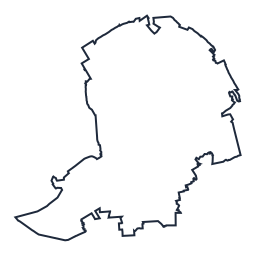 outline of Dundagas pag., Dundagas, Latvia
{"feature_id": "27541924B42832973938104", "entity_name": "Dundagas pag.", "entity_type": "district", "adm_level": 2, "iso_a3": "LVA", "parent_name": "Latvia", "parent_adm1": "Dundagas", "projection": "orthographic", "projection_center": [22.38, 57.54], "detail": "fine", "context": "isolated", "style": "outline", "palette": "slate", "viewbox_px": 256, "rotation_deg": 0, "n_neighbors": 0, "source": "geoboundaries", "source_scale": "gbopen_adm2", "svg_char_len": 5628}
<svg xmlns="http://www.w3.org/2000/svg" viewBox="0 0 256 256"><path d="M81.7,63.4L84.9,68.9L84.3,69.3L84.8,70.2L85.8,70.3L90.8,78.8L89.5,79.0L87.4,81.5L85.8,81.3L85.8,81.7L86.0,81.9L85.9,82.1L86.2,82.3L85.9,82.5L85.8,82.9L85.6,83.0L85.7,83.4L85.5,83.5L85.9,83.9L85.8,84.1L86.0,84.4L85.9,84.5L86.0,84.7L86.0,84.8L85.7,84.7L85.7,86.3L85.6,87.2L85.8,88.2L85.8,90.3L85.7,91.4L86.1,96.0L86.4,96.9L86.3,97.3L86.5,98.4L86.6,100.5L87.1,102.0L87.0,102.9L87.6,104.5L88.2,105.0L89.2,107.7L90.2,108.5L91.9,109.7L95.4,115.8L95.6,115.7L97.1,137.2L97.2,139.4L97.5,140.9L97.8,141.7L98.4,142.7L98.6,143.4L98.6,144.7L100.0,145.2L100.4,148.3L100.5,149.2L100.2,150.5L100.5,150.7L100.8,151.3L101.3,152.0L101.2,152.3L101.3,152.8L101.2,153.0L101.2,152.9L101.1,153.2L101.2,153.6L100.7,153.7L100.8,153.9L100.7,153.9L100.6,154.1L100.8,154.2L100.8,154.7L101.0,154.8L100.9,155.2L101.2,155.4L101.3,155.7L101.0,155.7L101.1,155.9L101.3,155.9L101.3,156.5L99.0,158.0L96.9,159.1L96.4,158.5L95.8,158.0L93.7,156.9L92.4,156.4L91.3,156.3L89.8,156.6L85.6,158.2L84.3,158.8L75.2,166.0L67.9,171.3L68.5,172.4L68.3,172.8L68.5,173.1L68.3,173.4L68.5,173.5L63.9,177.5L63.9,179.7L57.0,180.7L56.3,179.5L56.0,178.2L54.2,177.2L53.4,176.5L53.2,176.7L53.6,177.2L52.7,177.7L51.5,180.7L53.3,183.8L52.7,184.4L55.5,188.2L55.9,188.5L57.3,187.8L61.1,188.0L62.1,190.0L61.7,190.5L57.5,197.6L49.3,203.9L47.0,206.1L37.5,211.4L15.4,217.3L17.6,219.9L17.9,220.4L20.0,221.5L32.7,230.6L33.1,230.7L35.9,232.7L38.7,234.5L65.1,240.3L68.2,239.9L76.0,235.9L76.5,235.8L78.5,234.8L85.3,231.8L85.5,231.5L85.6,231.4L85.4,231.1L85.5,230.8L85.4,230.8L85.2,230.9L85.2,230.7L84.9,230.6L84.8,230.2L84.5,230.1L84.3,229.9L84.3,229.6L84.6,229.7L84.6,229.2L84.2,229.2L83.9,228.9L83.8,229.4L83.6,229.4L83.5,229.0L83.5,228.6L83.3,228.6L83.0,228.1L83.4,228.1L83.6,227.3L83.5,227.1L83.5,226.8L83.5,226.6L83.5,226.3L83.4,225.7L83.5,225.3L83.1,225.2L83.8,224.4L83.6,224.3L83.4,224.4L83.2,224.3L83.2,224.2L83.6,223.1L83.4,223.0L82.6,223.1L82.3,223.2L82.5,222.2L82.4,221.9L82.0,221.6L81.6,221.5L81.5,221.3L81.8,221.1L81.8,220.9L81.4,220.8L81.2,220.6L81.2,220.4L81.5,220.2L81.4,219.4L91.6,213.3L94.4,217.9L95.0,219.1L99.7,218.3L95.2,211.0L99.7,208.3L99.9,212.2L110.1,211.4L110.1,211.7L108.9,215.8L109.0,215.9L108.8,216.6L109.1,216.8L108.7,217.6L121.8,216.7L120.5,218.2L121.4,220.6L122.1,222.8L121.9,222.9L121.8,223.2L118.9,223.4L119.3,229.7L122.2,229.5L122.5,232.1L122.6,235.9L134.4,235.3L134.1,230.9L134.3,231.1L135.3,230.9L137.4,228.5L139.4,228.2L140.6,228.5L142.7,228.4L142.4,224.1L143.5,223.6L142.9,222.0L158.0,221.1L161.2,223.8L162.5,225.3L163.5,226.8L164.3,226.7L164.2,226.0L166.1,225.8L166.3,225.4L175.7,225.4L175.6,215.0L175.6,212.9L180.8,212.9L180.6,212.4L179.9,211.9L178.6,210.7L178.6,210.1L178.0,210.1L177.5,210.4L176.8,210.0L177.8,208.4L179.1,205.7L178.3,204.5L177.6,204.3L176.7,203.8L176.7,202.5L176.8,202.5L176.8,202.2L176.6,202.1L176.6,201.3L176.3,201.2L176.1,200.9L179.9,199.9L179.3,198.1L179.8,198.0L178.7,192.5L183.8,191.4L183.7,190.7L188.1,189.8L188.2,189.5L187.4,187.1L186.1,187.4L185.7,185.4L188.4,184.6L191.5,183.3L191.2,182.2L193.7,181.3L193.4,178.6L194.0,178.1L194.8,179.3L196.0,179.7L196.6,179.0L195.9,175.6L192.2,169.9L198.2,166.4L197.8,165.1L199.7,165.0L199.7,163.9L200.0,163.8L198.8,163.3L197.7,163.2L197.9,162.3L195.5,159.4L196.4,157.8L198.8,159.2L200.3,156.7L202.6,156.6L204.6,154.0L207.1,154.2L207.9,153.1L209.1,152.4L210.6,152.1L211.0,152.8L210.5,153.5L211.9,153.3L212.9,155.2L212.4,155.5L212.8,156.6L212.6,161.8L212.3,164.0L223.4,161.7L224.9,160.4L225.8,159.8L226.1,159.8L227.2,160.5L227.6,160.5L227.9,160.5L228.7,159.9L229.7,160.0L234.6,157.2L235.5,156.9L236.8,156.7L238.1,155.8L240.6,155.1L234.0,128.7L232.6,122.7L231.2,121.7L233.0,119.3L232.8,119.1L230.2,114.3L228.8,114.4L227.7,114.6L222.3,116.3L222.2,115.6L222.3,115.1L222.1,114.4L222.1,113.8L222.1,113.7L222.0,113.4L222.2,113.2L222.8,113.3L225.8,110.7L230.3,108.0L232.3,105.7L232.5,105.0L233.9,103.9L234.8,102.5L234.5,102.4L232.1,100.4L232.8,99.4L232.0,99.0L232.3,96.5L230.3,96.4L229.9,95.3L229.0,92.8L229.5,91.9L230.6,92.4L231.2,92.2L231.8,91.7L232.5,91.5L233.4,92.9L233.5,93.3L233.9,93.9L234.7,94.6L234.9,95.2L235.4,95.8L237.2,100.7L238.8,101.5L240.0,101.2L239.5,99.6L239.8,99.5L239.2,97.8L239.3,96.0L238.6,94.4L236.5,91.7L235.1,90.0L237.5,90.0L238.3,89.5L237.5,88.3L235.5,84.9L234.4,83.3L233.1,80.6L230.9,77.1L230.8,76.7L230.6,76.3L229.3,73.9L228.7,72.9L228.3,71.9L228.1,71.1L227.1,69.2L226.4,67.3L225.9,66.4L225.3,64.7L225.7,64.5L225.6,64.3L224.6,61.9L223.9,60.4L217.5,63.5L216.9,63.0L215.8,62.8L215.4,61.0L213.6,60.4L214.1,59.7L213.2,59.3L213.6,58.7L214.2,58.4L213.6,57.3L213.0,56.6L213.2,56.4L213.4,56.5L213.5,56.3L213.8,56.3L213.9,56.2L214.1,56.0L214.0,55.9L214.1,55.6L213.9,55.4L213.7,54.8L213.8,54.6L214.1,54.5L209.7,50.2L210.6,49.2L211.6,48.9L212.9,50.8L213.6,52.0L213.9,52.0L215.1,50.0L213.3,46.6L212.9,46.7L212.4,46.1L210.8,44.8L209.8,43.6L207.8,42.1L206.5,40.2L203.3,37.4L201.2,35.9L200.9,36.4L197.7,33.3L194.3,31.0L192.5,29.1L188.9,27.5L187.5,29.8L179.2,26.8L179.3,26.0L179.6,25.5L179.9,25.0L177.8,22.9L177.1,22.4L176.2,21.3L174.4,19.9L174.3,19.6L173.0,17.9L170.6,16.5L153.4,17.9L153.9,21.8L153.5,23.7L158.0,26.6L159.9,27.6L156.5,32.2L155.6,32.7L154.4,33.6L151.3,30.6L147.0,25.3L149.3,24.6L147.8,17.9L148.4,17.8L147.0,15.7L139.7,20.8L139.4,18.0L135.8,18.8L133.6,21.8L132.6,21.7L129.7,22.1L129.7,21.9L129.1,21.6L127.0,22.9L123.6,23.8L122.1,24.4L119.9,25.7L119.4,25.0L119.3,25.3L116.7,27.1L115.5,27.6L113.2,29.1L111.6,29.9L108.9,32.0L105.3,34.3L103.0,35.4L100.6,37.0L98.4,38.2L96.2,40.1L95.9,40.6L95.5,42.6L95.3,43.0L94.7,43.7L92.9,40.8L82.1,47.7L88.9,59.0L81.7,63.4Z" fill="none" stroke="#1e293b" stroke-width="2"/></svg>